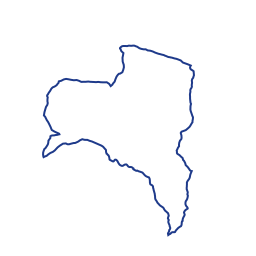 the district of Phongme, Tashigang, Bhutan, rotated 113°
{"feature_id": "84629894B40086138337966", "entity_name": "Phongme", "entity_type": "district", "adm_level": 2, "iso_a3": "BTN", "parent_name": "Bhutan", "parent_adm1": "Tashigang", "projection": "mercator", "projection_center": [91.76, 27.408], "detail": "fine", "context": "isolated", "style": "outline", "palette": "blue", "viewbox_px": 256, "rotation_deg": 113, "n_neighbors": 0, "source": "geoboundaries", "source_scale": "gbopen_adm2", "svg_char_len": 5807}
<svg xmlns="http://www.w3.org/2000/svg" viewBox="0 0 256 256"><g transform="rotate(113 128 128)"><path d="M57.5,166.6L58.0,166.4L58.1,165.9L59.9,164.1L60.8,161.5L63.0,161.0L65.5,160.5L69.0,158.8L71.5,156.6L73.7,155.5L76.4,155.1L78.9,155.0L81.0,156.5L81.6,157.5L82.9,158.1L85.1,158.6L88.2,158.6L90.5,158.4L93.0,159.2L94.2,159.3L96.2,160.3L94.7,162.6L94.2,165.4L95.4,168.0L96.5,170.9L97.2,173.4L98.3,175.4L99.2,178.0L100.1,180.4L100.8,182.8L101.9,184.8L102.8,186.9L103.8,189.0L103.7,191.7L103.9,194.0L105.2,196.5L105.9,199.3L106.4,201.8L107.0,204.2L108.4,206.1L110.7,208.0L112.1,209.9L113.7,209.6L115.0,210.1L116.4,210.4L117.9,211.3L119.0,212.2L120.0,213.2L121.7,213.9L124.4,214.2L126.4,214.7L128.4,214.9L129.5,215.2L130.4,214.8L131.1,213.9L132.9,213.4L134.9,212.6L136.4,211.6L138.3,211.3L140.5,211.7L141.7,211.6L146.0,211.1L147.7,210.7L149.3,210.3L150.0,208.7L152.5,205.8L153.7,203.9L155.1,202.2L157.1,199.9L158.8,198.2L159.6,197.4L160.0,194.4L160.1,192.3L160.1,190.3L160.2,189.1L160.6,188.7L161.1,189.4L162.0,190.5L162.7,191.8L163.7,193.2L164.3,194.5L165.0,195.6L165.9,196.2L167.6,195.6L170.7,196.3L172.5,195.7L174.0,195.4L175.5,195.5L178.7,196.1L180.1,196.8L182.1,196.7L183.8,196.5L185.6,195.8L187.3,194.8L187.8,194.3L186.7,193.4L185.4,192.0L183.5,191.1L181.3,189.7L179.3,187.8L177.2,186.6L175.2,185.9L173.3,185.2L170.8,183.8L167.8,181.7L166.5,179.2L166.6,177.4L166.0,175.9L164.7,174.3L163.1,172.2L162.5,170.9L161.6,170.0L159.8,168.4L158.2,167.5L156.2,165.7L155.9,163.5L154.8,160.7L154.8,158.3L154.5,155.9L154.6,145.5L155.0,143.5L155.3,142.9L156.2,141.1L156.7,139.9L157.4,139.4L158.1,139.1L158.8,138.7L160.0,137.7L160.0,137.2L160.2,136.8L160.5,136.4L160.7,136.0L160.7,135.5L161.0,135.1L161.3,134.7L161.7,134.4L162.1,134.0L162.5,133.7L162.9,133.5L163.3,133.2L163.8,132.9L164.2,132.7L164.4,132.2L164.5,131.2L164.5,130.8L164.6,130.3L164.6,129.8L164.7,129.3L164.6,128.8L164.4,128.3L164.0,128.1L163.5,128.0L163.0,127.9L162.6,127.7L162.2,127.5L162.0,127.1L161.9,126.6L162.0,126.1L162.2,125.7L162.4,125.2L162.6,124.8L162.9,124.4L163.6,123.6L163.9,123.2L164.2,122.8L164.4,122.5L164.6,122.1L164.9,121.7L165.1,121.2L165.2,120.7L165.3,119.7L165.3,119.2L165.2,118.8L165.0,118.3L164.7,117.9L164.4,117.7L164.0,117.4L163.6,117.2L163.2,116.8L162.8,116.5L162.6,116.1L162.3,115.6L162.2,115.2L162.3,114.8L162.5,114.3L162.7,113.9L163.0,113.4L163.2,113.0L163.4,112.4L163.4,111.6L163.3,111.2L163.1,110.7L162.8,110.3L162.7,109.8L162.7,109.2L162.7,108.6L162.9,108.2L163.1,107.2L163.7,107.2L163.9,106.8L164.0,106.2L164.0,105.7L164.1,104.9L164.1,104.2L164.2,103.7L163.6,102.9L163.7,101.4L163.5,99.6L163.4,97.8L163.4,97.2L163.7,96.6L164.9,94.1L165.3,92.8L165.4,91.7L165.4,90.8L165.3,89.4L166.0,88.6L166.5,88.1L167.4,87.6L168.3,87.1L169.3,86.7L170.1,86.2L170.6,85.9L171.1,85.4L171.2,85.0L171.3,83.5L171.5,83.0L171.9,82.3L172.3,82.0L173.1,81.6L173.8,81.1L174.3,80.6L174.9,80.3L175.5,79.8L176.2,79.2L177.0,78.6L178.1,77.7L179.2,77.1L179.8,76.7L180.3,76.4L181.8,75.7L182.7,75.1L183.3,74.5L183.5,74.0L184.2,73.0L185.3,71.6L186.3,69.3L186.7,68.6L187.0,67.2L187.3,65.6L187.4,65.1L187.5,64.6L187.8,64.0L188.8,62.8L189.1,62.3L189.6,61.5L189.8,60.8L190.1,59.8L190.5,58.8L190.7,58.0L191.5,57.2L192.1,56.8L192.9,56.2L193.4,56.2L194.1,56.2L195.0,56.1L195.5,56.0L196.3,55.2L196.8,54.5L197.8,54.5L198.6,54.2L199.2,53.9L200.6,52.5L201.1,51.9L201.7,51.5L202.4,51.1L202.8,50.6L203.6,50.0L204.1,49.9L205.3,49.9L205.9,50.2L206.5,50.0L207.0,49.8L208.1,49.9L208.7,50.0L209.5,50.0L210.8,49.1L209.6,48.4L208.9,47.7L208.2,47.4L207.5,47.2L207.0,46.9L206.6,46.4L206.3,45.9L206.1,45.3L205.8,44.6L205.4,44.1L204.9,44.0L204.3,44.0L203.0,43.7L202.5,43.5L201.8,43.2L201.0,43.0L200.0,42.5L198.7,41.7L197.7,40.9L196.8,40.8L196.1,40.9L195.4,41.1L194.3,41.5L193.5,41.7L192.9,41.8L192.6,41.5L192.1,41.4L191.7,41.6L190.6,42.0L189.7,42.1L188.7,42.1L187.8,42.0L186.8,41.9L186.0,41.9L185.4,42.1L185.0,42.5L184.4,43.0L184.0,43.4L183.1,43.5L182.4,43.4L181.9,43.3L181.0,43.0L180.1,42.4L178.9,41.6L178.5,41.7L178.1,42.1L177.7,42.6L177.4,43.3L177.0,44.0L176.4,44.7L175.7,45.3L174.4,45.9L173.0,46.2L172.3,46.1L171.5,45.9L170.8,45.9L170.3,45.8L169.5,45.9L168.7,46.0L168.0,46.2L167.3,46.3L166.8,46.5L166.4,46.8L166.2,47.2L165.7,47.5L164.4,47.7L163.8,47.9L163.4,48.2L162.8,48.8L161.8,49.6L161.5,50.0L160.8,50.3L159.9,50.7L159.1,50.9L158.1,51.3L157.2,51.6L156.7,51.8L155.8,52.2L155.1,52.5L154.1,52.5L152.8,52.3L151.4,51.9L150.2,51.8L149.5,51.8L146.7,52.4L145.1,52.5L142.8,52.5L142.9,52.9L142.8,54.3L141.8,55.8L140.6,57.8L139.6,60.4L138.0,61.6L136.4,63.5L135.8,64.9L134.8,65.6L134.3,66.0L133.7,67.9L132.8,70.1L132.7,71.2L132.4,72.6L131.9,73.2L130.7,73.7L129.7,74.4L128.5,74.3L126.7,74.3L124.8,73.9L123.3,74.6L121.4,75.1L119.3,75.2L117.5,74.6L116.2,74.8L114.0,75.9L112.0,77.5L110.5,77.3L107.4,74.0L105.3,72.9L102.9,71.8L101.4,71.5L98.9,71.2L97.5,70.9L96.3,71.4L94.4,71.8L92.7,72.4L91.8,73.4L89.9,75.1L87.9,76.9L86.6,77.8L85.3,78.3L83.5,79.0L82.1,79.3L81.2,79.4L80.2,80.4L76.8,82.3L74.7,83.2L73.2,84.0L71.8,84.4L70.3,84.7L68.9,85.4L67.9,85.6L66.5,85.3L65.1,85.3L63.6,86.1L61.3,86.7L59.4,87.8L57.9,88.0L56.2,87.6L55.3,87.8L53.7,87.9L50.1,89.8L49.8,90.9L49.5,92.9L49.0,93.9L47.9,94.6L47.0,94.7L46.0,94.6L46.0,98.1L46.3,103.0L45.2,105.9L45.3,108.0L45.3,108.5L45.4,110.4L45.8,112.4L46.1,115.2L46.2,115.7L46.4,116.2L46.4,116.7L46.5,117.2L46.9,118.6L46.9,120.4L46.9,121.8L47.0,122.4L46.9,123.1L46.9,123.7L47.0,124.3L47.1,124.8L47.2,125.4L47.3,125.9L47.4,126.9L47.6,128.1L47.8,129.2L47.8,129.8L47.9,130.7L48.0,133.2L47.9,134.0L47.9,135.1L48.0,136.5L48.2,137.9L48.9,140.3L48.7,141.7L48.7,142.6L49.2,143.7L49.4,144.1L49.7,145.4L49.9,146.3L50.0,147.2L50.1,148.7L49.6,151.3L49.7,152.7L49.7,153.7L49.7,154.2L50.1,155.4L50.8,156.6L51.2,157.4L51.5,158.4L51.9,159.5L52.9,160.7L53.5,162.3L54.3,164.2L54.6,164.8L55.4,165.7L56.6,166.3L57.5,166.6Z" fill="none" stroke="#1e3a8a" stroke-width="2"/></g></svg>